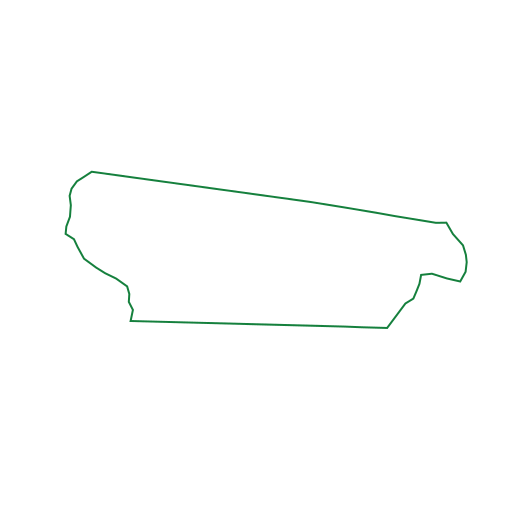 Belém, Alagoas, Brazil, rotated 296°
{"feature_id": "56859067B82367444604636", "entity_name": "Belém", "entity_type": "district", "adm_level": 2, "iso_a3": "BRA", "parent_name": "Brazil", "parent_adm1": "Alagoas", "projection": "equal_earth", "projection_center": [-36.491, -9.559], "detail": "fine", "context": "isolated", "style": "outline", "palette": "green", "viewbox_px": 512, "rotation_deg": 296, "n_neighbors": 0, "source": "geoboundaries", "source_scale": "gbopen_adm2", "svg_char_len": 670}
<svg xmlns="http://www.w3.org/2000/svg" viewBox="0 0 512 512"><g transform="rotate(296 256 256)"><path d="M259.7,71.4L251.1,66.3L244.6,62.3L235.7,60.7L228.4,62.1L220.5,67.3L209.7,71.6L199.4,72.6L192.4,75.2L191.3,85.0L185.9,91.7L178.2,102.6L175.5,117.5L174.4,127.9L174.4,140.2L172.2,153.5L166.3,158.8L159.0,161.8L153.6,169.0L142.6,171.8L231.6,367.0L238.4,382.5L248.8,405.4L278.8,411.1L286.7,416.1L294.5,415.7L302.6,415.1L311.4,412.7L317.2,421.9L319.5,437.4L322.6,450.7L333.7,451.3L342.8,448.1L349.1,444.1L356.3,437.4L362.1,423.3L369.4,412.5L364.7,403.2L352.8,363.5L348.4,348.0L338.3,313.8L328.3,280.8L259.7,71.4Z" fill="none" stroke="#15803d" stroke-width="2"/></g></svg>